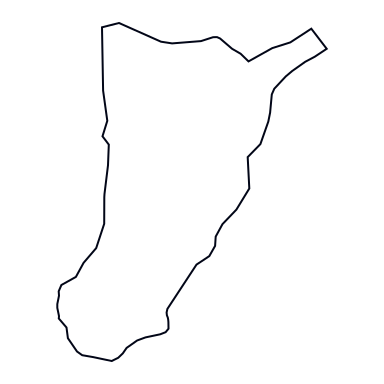 the border of Chirang
{"feature_id": "BTN-2481", "entity_name": "Chirang", "entity_type": "District", "adm_level": 1, "iso_a3": "BTN", "parent_name": "Bhutan", "parent_adm1": "", "projection": "orthographic", "projection_center": [90.138, 26.993], "detail": "fine", "context": "isolated", "style": "outline", "palette": "ink", "viewbox_px": 384, "rotation_deg": 0, "n_neighbors": 0, "source": "natural_earth", "source_scale": "10m", "svg_char_len": 941}
<svg xmlns="http://www.w3.org/2000/svg" viewBox="0 0 384 384"><path d="M119.0,23.0L161.0,41.7L172.1,43.4L201.0,41.1L213.1,37.2L217.0,37.1L220.1,38.5L232.1,48.8L240.7,53.8L248.5,61.4L272.3,48.1L290.3,42.4L311.3,28.7L326.7,48.8L314.8,56.7L305.2,61.8L292.2,71.0L285.8,76.4L274.3,88.7L271.8,94.4L270.1,112.7L268.3,121.6L260.4,144.1L247.7,157.1L249.3,188.5L236.4,209.6L222.5,224.1L215.7,236.6L215.1,245.9L209.3,256.1L196.5,264.6L167.4,308.9L166.6,312.5L166.9,315.3L167.8,317.6L168.2,319.7L168.4,322.1L168.5,328.7L165.6,332.2L160.2,334.3L145.5,337.4L137.1,340.5L126.6,347.9L122.8,353.4L118.2,357.8L111.7,361.0L93.2,357.1L82.2,355.2L77.0,351.5L67.9,338.2L66.5,327.5L58.8,318.5L59.0,316.1L57.3,307.9L57.3,304.1L59.0,295.7L58.7,291.3L61.4,285.0L75.9,276.9L83.6,262.8L96.2,248.1L104.2,223.8L104.3,197.2L104.5,193.9L108.0,165.3L108.8,144.6L102.5,136.3L107.3,120.8L103.1,90.6L102.0,27.3L119.0,23.0Z" fill="none" stroke="#020617" stroke-width="2"/></svg>